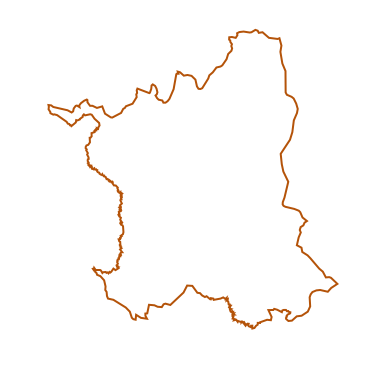 Kantharalak, Si Sa Ket, Thailand (Robinson projection), rotated 168°
{"feature_id": "78962969B93646658502298", "entity_name": "Kantharalak", "entity_type": "district", "adm_level": 2, "iso_a3": "THA", "parent_name": "Thailand", "parent_adm1": "Si Sa Ket", "projection": "robinson", "projection_center": [104.776, 14.571], "detail": "fine", "context": "isolated", "style": "outline", "palette": "amber", "viewbox_px": 384, "rotation_deg": 168, "n_neighbors": 0, "source": "geoboundaries", "source_scale": "gbopen_adm2", "svg_char_len": 5962}
<svg xmlns="http://www.w3.org/2000/svg" viewBox="0 0 384 384"><g transform="rotate(168 192 192)"><path d="M126.3,48.2L124.5,45.8L121.0,45.4L115.4,48.6L110.5,48.2L103.6,50.9L100.2,55.5L98.8,64.6L97.2,67.2L95.0,69.1L90.8,69.9L87.0,69.5L79.9,66.2L75.8,69.2L68.9,71.9L73.9,79.2L75.5,80.2L78.8,80.6L80.6,86.9L83.5,90.6L90.0,102.6L92.1,106.0L96.6,110.4L96.5,114.8L100.5,118.1L97.1,125.4L94.0,129.8L94.5,132.4L93.0,135.1L90.0,136.2L88.3,138.6L85.6,139.7L89.2,144.1L90.3,149.7L91.4,151.5L95.5,154.2L103.7,158.1L105.3,159.4L105.9,161.0L105.3,163.2L102.7,167.3L95.7,182.0L98.4,193.0L98.4,200.5L97.3,210.9L85.3,222.7L81.4,229.7L77.5,240.9L72.9,247.4L71.3,251.3L71.7,256.8L73.1,262.3L74.8,264.4L79.0,267.4L79.7,269.9L75.4,290.9L76.9,298.9L76.4,310.7L74.1,316.6L74.5,324.2L76.4,323.9L84.7,326.8L89.8,333.6L93.6,333.8L94.2,336.1L96.3,337.4L100.6,335.9L102.4,336.0L108.2,338.2L112.4,338.6L114.9,337.9L115.0,335.9L117.2,333.7L120.7,335.3L123.4,335.6L124.0,333.3L123.1,332.3L123.3,330.8L122.2,328.3L123.2,326.6L122.9,324.1L124.1,321.9L127.9,319.5L130.6,314.7L136.0,309.6L138.0,308.8L142.2,308.7L146.8,304.7L150.8,302.5L152.5,299.6L160.4,291.4L162.4,291.0L164.2,291.6L165.2,294.3L165.3,301.2L168.3,305.7L172.1,307.4L175.8,307.5L178.8,311.6L180.9,312.7L180.7,310.5L182.4,310.9L182.9,310.4L188.6,296.4L194.7,287.8L197.0,285.9L199.3,284.9L201.4,285.3L202.0,287.7L205.4,289.2L206.6,291.0L207.6,294.0L206.2,294.8L205.1,296.7L205.2,300.4L206.0,303.4L208.0,305.4L209.4,304.6L210.4,301.4L212.5,297.9L213.2,297.6L223.9,304.5L224.9,303.0L225.1,300.3L226.2,299.1L226.4,296.3L231.8,290.7L238.8,289.6L240.2,288.2L242.0,287.6L244.9,284.1L254.5,281.4L255.9,281.9L260.8,286.7L262.0,294.4L267.5,294.0L271.4,297.0L273.8,297.5L275.6,301.5L275.2,303.7L275.7,304.3L278.5,303.7L282.3,301.9L284.4,300.0L284.4,298.4L286.6,300.5L287.9,300.4L290.3,298.3L291.5,295.6L293.2,294.8L296.7,297.8L310.0,304.0L311.7,306.0L314.3,306.9L314.3,305.1L315.1,302.7L314.0,299.9L314.1,298.5L311.6,296.5L310.6,296.6L308.0,295.3L300.0,286.7L299.3,284.7L297.9,284.0L297.5,282.7L296.8,282.7L296.3,281.5L291.2,284.2L290.3,286.4L289.2,285.8L286.6,286.3L286.5,286.8L283.3,288.2L282.9,289.5L281.6,290.4L280.7,289.2L275.4,289.2L274.0,288.4L272.1,283.9L268.5,278.9L268.6,276.3L270.1,274.8L270.7,273.4L271.7,274.2L271.7,273.3L272.4,273.5L272.6,272.8L273.1,273.3L274.3,272.4L273.8,271.9L274.9,271.6L274.9,270.8L278.0,270.5L278.6,267.3L280.0,266.2L280.8,266.3L281.5,261.8L283.7,259.7L285.5,259.5L286.6,258.2L286.9,256.9L286.1,255.6L286.8,254.8L285.8,251.7L286.8,250.4L286.0,247.4L286.2,245.8L287.1,245.6L287.6,244.1L287.0,242.1L287.8,241.8L287.3,241.0L287.8,240.0L287.4,239.4L287.0,239.8L286.7,238.6L286.3,239.3L285.4,238.9L286.1,238.4L285.8,237.7L285.3,238.2L284.7,237.4L285.0,235.5L284.2,235.1L282.8,235.5L283.0,234.4L281.2,234.2L281.2,233.6L280.1,233.1L280.5,231.9L280.0,231.0L278.7,230.2L278.7,229.2L277.6,228.0L276.8,227.5L276.1,228.0L276.1,227.0L274.6,226.4L274.8,225.6L273.4,224.8L272.9,222.4L272.2,222.5L270.8,221.3L271.3,220.6L270.6,219.4L269.5,219.8L269.0,218.5L267.7,218.7L267.5,218.1L268.2,217.7L267.0,214.7L265.2,214.2L263.7,211.7L264.2,211.1L263.8,209.3L264.4,208.9L264.4,208.0L263.6,208.1L263.5,206.6L262.8,206.0L262.0,206.6L262.1,205.6L261.7,206.1L260.6,205.0L261.4,204.5L261.7,201.8L262.6,202.2L262.5,199.6L263.2,199.8L263.8,198.8L263.0,195.3L265.2,194.0L264.8,192.6L266.3,192.1L265.8,191.4L266.1,190.8L265.4,190.8L265.8,190.2L265.2,190.3L265.1,189.1L266.2,189.1L265.9,188.0L267.7,187.8L267.8,186.0L268.4,185.4L267.9,185.2L268.5,184.4L268.3,183.6L267.8,183.7L268.0,183.0L266.9,181.6L268.0,179.8L266.7,176.7L267.6,176.3L267.9,177.6L268.6,176.5L267.8,175.8L268.4,175.5L268.2,174.8L266.9,173.8L266.6,172.7L267.4,167.0L268.3,165.1L270.7,164.0L270.3,163.5L270.9,163.4L270.8,162.8L271.4,161.7L272.0,161.9L272.2,160.9L273.6,161.0L273.4,158.9L272.6,158.3L273.0,155.4L273.6,155.3L273.7,154.6L273.0,154.2L273.4,153.1L272.8,152.8L273.2,151.9L272.8,151.6L274.3,150.8L272.8,147.6L273.8,147.8L274.7,147.0L274.6,145.3L275.4,145.5L275.3,146.2L275.9,145.9L276.1,145.2L275.5,145.0L275.5,144.0L276.6,144.1L277.2,142.1L277.7,142.3L277.9,141.3L278.8,141.3L279.3,140.5L279.1,139.8L279.8,139.1L279.4,137.3L280.4,136.4L280.2,135.5L281.0,135.6L280.9,134.4L279.5,133.7L280.1,133.3L279.8,132.7L283.1,131.5L284.8,133.4L287.6,130.7L288.7,130.2L289.2,130.9L290.6,129.8L291.1,130.9L292.5,130.7L293.0,131.7L295.6,132.0L296.5,131.4L297.4,134.1L298.1,134.8L302.4,135.7L303.5,138.2L303.8,137.6L304.9,137.5L304.0,135.3L303.0,134.6L303.2,133.8L302.2,132.5L302.1,130.8L299.1,128.7L296.3,123.9L296.2,117.6L297.2,114.2L296.3,112.0L296.8,107.9L296.3,105.2L291.3,102.9L280.8,92.8L277.7,87.9L277.0,81.5L275.8,79.8L273.7,78.8L272.2,83.5L268.1,79.5L262.4,77.4L263.3,80.6L262.9,82.8L261.0,82.6L257.5,90.6L252.3,89.0L249.5,86.9L245.5,85.7L243.1,88.1L241.2,88.3L236.7,86.0L221.2,95.4L216.2,101.5L211.2,100.1L207.7,92.3L205.2,91.4L203.6,88.7L201.2,86.6L199.4,87.0L196.5,83.3L195.9,83.1L195.5,84.2L193.3,83.3L193.2,82.0L186.3,81.8L183.4,82.4L181.6,80.5L180.5,81.1L181.1,80.0L179.9,80.1L180.5,78.9L179.4,79.4L179.9,78.0L179.3,77.0L179.5,74.6L178.4,74.1L178.5,73.2L177.8,72.9L178.5,72.4L179.0,72.9L179.3,72.2L178.8,71.8L179.6,71.3L179.0,70.6L179.2,70.0L177.9,69.3L179.3,68.7L179.1,67.1L178.7,66.6L177.6,67.0L177.6,65.5L176.6,65.9L176.8,64.7L176.2,64.6L177.1,63.9L176.2,63.1L177.9,63.1L177.5,61.8L178.1,61.8L177.8,60.9L178.6,59.7L176.8,58.8L177.6,57.8L175.4,57.9L174.3,55.5L173.8,56.3L171.2,54.7L170.6,55.5L170.8,54.3L170.0,55.0L169.0,54.2L169.3,53.6L168.6,52.6L167.9,53.3L167.7,52.5L168.3,51.9L167.4,50.1L166.3,51.3L165.5,50.7L164.9,51.6L164.0,51.3L164.7,49.9L164.4,48.9L162.4,47.5L162.0,48.9L160.8,48.7L161.3,45.9L159.2,46.0L157.2,47.8L155.3,48.6L154.9,50.3L152.7,49.8L152.6,50.4L145.1,51.4L141.5,50.2L140.1,53.2L141.8,60.6L137.0,59.7L135.9,60.6L133.1,59.1L129.1,55.8L128.3,57.3L127.1,57.6L124.6,57.1L123.9,55.7L122.6,55.5L122.5,54.8L120.8,53.9L121.2,52.9L124.0,52.2L125.4,50.9L125.2,50.3L126.3,49.2L126.3,48.2Z" fill="none" stroke="#b45309" stroke-width="2"/></g></svg>